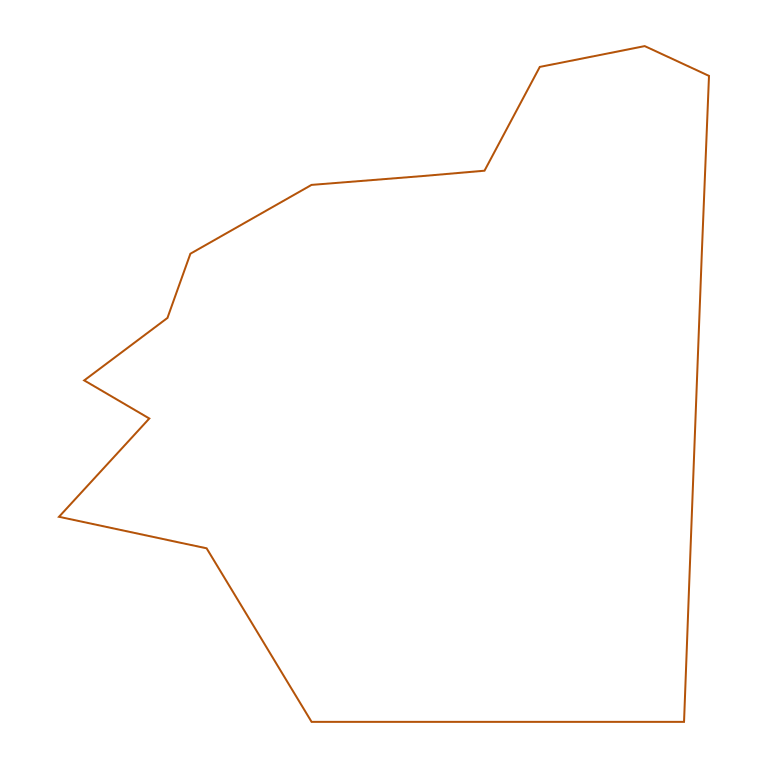 25 de Mayo, Río Negro, Argentina
{"feature_id": "61730980B23941823928589", "entity_name": "25 de Mayo", "entity_type": "district", "adm_level": 2, "iso_a3": "ARG", "parent_name": "Argentina", "parent_adm1": "Río Negro", "projection": "robinson", "projection_center": [-69.008, -41.037], "detail": "fine", "context": "isolated", "style": "outline", "palette": "amber", "viewbox_px": 768, "rotation_deg": 0, "n_neighbors": 0, "source": "geoboundaries", "source_scale": "gbopen_adm2", "svg_char_len": 542}
<svg xmlns="http://www.w3.org/2000/svg" viewBox="0 0 768 768"><path d="M311.6,721.9L322.0,721.9L327.0,721.9L597.3,721.9L684.0,721.9L684.1,720.7L684.1,720.2L686.0,669.6L686.8,648.4L688.8,594.5L689.2,583.7L699.2,321.5L700.4,290.6L701.8,253.5L709.0,75.9L644.7,46.1L539.8,66.9L484.5,170.7L422.9,176.0L311.5,184.9L190.4,253.7L178.2,287.8L168.0,316.4L167.5,317.9L84.2,380.4L149.3,418.5L136.0,433.0L59.0,516.8L178.3,542.3L206.1,548.2L206.6,548.3L254.3,627.1L290.3,686.7L296.8,697.4L311.6,721.9Z" fill="none" stroke="#b45309" stroke-width="2"/></svg>